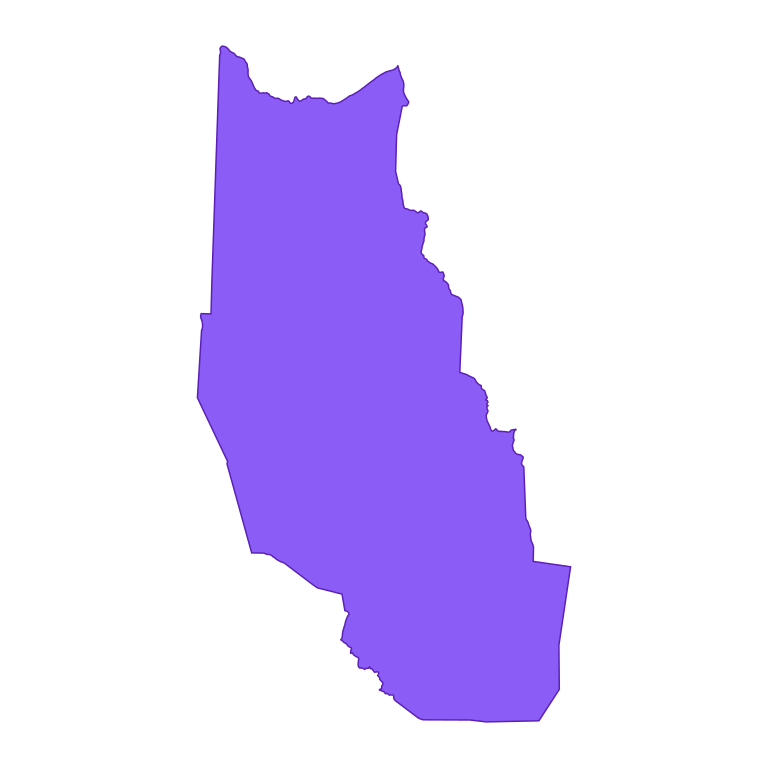 outline of La Union, Olancho, Honduras
{"feature_id": "27666195B95700433875846", "entity_name": "La Union", "entity_type": "district", "adm_level": 2, "iso_a3": "HND", "parent_name": "Honduras", "parent_adm1": "Olancho", "projection": "natural_earth1", "projection_center": [-86.67, 15.11], "detail": "fine", "context": "isolated", "style": "filled", "palette": "violet", "viewbox_px": 768, "rotation_deg": 0, "n_neighbors": 0, "source": "geoboundaries", "source_scale": "gbopen_adm2", "svg_char_len": 5996}
<svg xmlns="http://www.w3.org/2000/svg" viewBox="0 0 768 768"><path d="M423.5,719.8L470.0,720.0L486.3,721.9L538.9,720.8L559.3,689.4L558.9,645.2L570.6,566.8L533.2,561.4L533.5,547.2L532.8,544.5L531.1,540.6L530.3,534.9L530.4,533.4L530.7,532.0L530.7,529.8L530.4,529.0L529.0,525.6L527.9,522.1L527.2,520.8L526.3,519.7L525.8,518.2L523.8,466.9L521.8,464.7L521.5,463.9L521.9,461.2L523.0,458.5L523.2,457.2L522.9,456.8L520.9,455.0L517.2,454.2L516.3,453.8L515.7,453.3L515.1,452.5L514.4,451.4L513.6,450.8L513.4,450.5L513.1,449.3L512.9,447.5L512.4,446.3L512.4,445.5L512.8,444.2L513.0,442.9L513.9,440.7L514.1,440.1L513.9,439.2L513.5,438.5L513.4,438.1L513.6,434.6L513.9,432.6L514.6,430.6L515.1,430.2L515.8,430.0L515.9,429.5L515.7,429.3L511.6,430.0L510.6,430.6L509.8,431.7L508.7,432.1L507.8,432.1L505.6,431.7L498.3,431.2L497.5,430.7L496.7,429.5L496.1,429.0L495.7,428.8L495.4,429.0L494.7,429.8L493.0,431.0L492.2,431.2L491.5,430.8L490.8,429.5L490.0,426.9L487.0,420.6L486.1,416.2L486.2,415.1L487.7,412.0L488.0,410.9L487.9,410.3L487.4,409.9L487.1,409.3L487.0,406.8L487.1,406.3L487.7,406.0L488.0,405.5L486.9,405.0L486.8,404.8L487.0,403.9L487.8,402.4L487.9,401.9L487.7,401.3L487.4,400.7L486.9,400.4L486.1,400.2L485.7,399.8L485.9,399.4L487.0,398.2L487.2,397.9L487.2,397.6L487.0,396.9L486.3,395.8L484.8,391.1L484.3,390.5L482.8,389.6L481.7,388.7L481.3,387.9L481.3,386.0L481.2,385.7L480.7,385.3L478.9,384.5L476.4,382.0L475.2,379.7L474.6,378.8L473.8,378.1L468.4,375.6L466.8,374.6L459.8,372.4L462.2,316.6L462.5,315.8L462.9,314.6L463.1,312.7L463.0,309.8L462.7,307.0L462.3,305.0L461.0,299.7L460.3,298.9L458.4,297.2L452.4,294.8L451.2,294.1L450.2,290.5L449.9,290.0L449.3,289.3L448.8,288.4L448.4,285.0L448.1,284.3L446.5,282.4L445.7,281.7L444.8,281.1L443.7,280.8L443.3,278.8L444.1,276.2L444.2,275.6L443.4,273.2L442.8,272.0L442.5,272.0L439.8,272.4L439.2,272.2L438.9,271.8L438.4,270.6L437.6,269.1L436.3,267.4L433.2,264.3L432.0,263.6L430.7,263.2L428.1,261.4L427.3,260.6L426.9,259.8L426.6,259.4L425.8,258.9L424.7,258.5L424.1,258.1L423.9,257.7L423.9,256.4L423.6,255.4L422.6,254.8L421.7,253.9L421.2,252.5L421.2,251.0L421.7,249.5L422.0,247.4L422.9,243.9L423.9,241.2L424.1,237.6L425.0,234.6L425.0,233.7L424.5,230.3L424.6,228.9L425.0,228.0L425.8,227.6L426.7,227.3L427.1,226.7L426.8,225.6L425.7,224.0L425.5,223.3L425.5,222.7L425.7,222.1L426.2,221.3L427.9,220.1L428.1,219.9L428.3,219.1L428.3,218.3L428.0,216.6L427.2,214.6L426.6,213.8L425.1,213.0L424.0,212.9L423.5,212.8L422.5,212.1L421.8,211.3L421.4,211.1L421.0,211.0L420.6,211.1L418.2,212.7L417.6,212.8L417.2,212.6L414.6,210.7L413.9,210.3L413.0,210.2L411.7,210.4L410.3,210.4L407.7,209.1L405.0,208.5L404.6,208.2L404.0,207.2L403.5,205.5L403.1,203.5L402.8,200.3L402.1,198.2L401.7,193.1L401.3,191.1L401.2,189.3L400.5,186.1L399.9,185.2L398.5,183.8L395.6,171.3L396.6,134.7L402.2,106.6L403.0,105.8L403.8,105.7L406.0,105.9L406.7,105.7L407.3,105.1L408.6,102.8L408.5,101.4L407.3,99.8L405.3,96.3L403.8,93.1L403.5,91.9L403.5,88.4L403.8,87.1L403.8,85.7L403.8,84.5L403.6,83.0L403.1,81.0L401.5,77.6L400.7,75.7L400.1,72.6L399.5,71.3L398.9,69.7L398.2,66.7L397.6,65.3L397.6,66.4L397.2,67.0L395.6,68.5L393.4,69.8L385.9,72.0L381.1,74.6L376.5,77.6L374.2,79.6L371.3,81.6L365.6,86.0L364.7,86.9L362.5,88.3L361.1,89.5L358.1,91.6L352.2,95.0L349.2,96.1L346.9,97.9L342.3,100.9L339.1,102.6L336.0,103.4L333.9,103.7L332.8,103.6L330.3,103.0L328.4,103.1L327.9,102.8L327.0,101.6L323.2,98.5L319.7,98.1L317.3,98.3L315.1,98.3L314.2,98.1L312.1,98.3L311.2,98.1L309.6,96.4L308.7,96.1L308.0,96.3L307.4,96.6L306.6,97.8L306.0,98.5L304.5,99.0L303.3,99.2L301.3,100.7L300.4,101.1L299.4,101.0L298.7,100.6L297.0,98.5L296.4,97.1L295.9,96.9L295.4,97.0L295.0,97.3L294.7,98.2L294.1,100.5L293.4,102.1L292.3,103.1L291.8,103.3L291.2,103.4L290.4,103.1L288.9,101.3L288.5,100.9L287.6,100.9L286.3,101.3L285.1,101.4L281.3,100.1L278.3,98.3L275.3,98.3L274.5,98.2L273.0,97.0L270.4,96.1L269.9,95.7L269.1,94.3L268.5,93.7L266.7,92.8L265.0,93.0L264.4,93.2L264.0,93.1L263.5,92.8L261.6,93.2L260.1,93.1L259.4,92.9L258.9,92.5L258.5,91.5L258.0,91.0L257.0,90.8L256.2,90.4L254.4,87.8L251.2,80.6L249.1,77.8L248.6,76.8L248.2,75.4L248.0,73.5L248.1,69.9L247.8,68.3L247.3,66.4L247.3,65.2L247.2,64.4L246.7,63.2L245.5,61.8L244.1,59.1L240.5,57.5L239.1,57.0L237.8,56.8L236.8,56.4L236.2,55.9L234.2,53.5L231.4,52.1L230.1,51.3L228.8,49.8L227.7,48.4L226.6,47.5L225.6,46.9L224.1,46.4L222.7,46.1L221.9,46.2L220.7,47.3L220.3,48.0L220.0,48.7L220.5,51.9L220.5,53.1L220.3,54.1L219.7,55.0L211.9,280.8L211.0,313.9L201.2,313.6L200.8,315.1L200.6,317.0L202.3,322.3L202.5,324.0L202.6,326.1L202.2,329.4L201.6,330.0L197.4,397.7L227.6,461.4L227.0,463.9L251.7,552.9L263.9,553.1L266.7,554.3L269.8,554.6L270.5,554.8L271.7,555.5L273.0,556.8L274.2,557.4L276.2,559.1L277.3,559.9L280.8,561.7L282.9,562.5L284.0,562.8L313.5,585.2L317.5,587.9L342.0,594.1L344.9,610.7L347.1,611.3L348.1,612.0L348.5,612.6L349.1,614.2L348.7,614.8L348.1,615.4L347.1,617.3L345.6,621.3L344.8,625.1L344.6,626.0L344.0,627.0L343.8,628.3L342.7,631.8L342.2,637.3L341.6,638.8L340.8,639.8L342.1,640.5L344.1,642.6L346.3,643.7L347.6,645.5L348.6,646.5L350.9,647.6L351.3,647.9L351.4,648.3L351.3,649.2L350.7,651.0L350.6,652.8L350.7,653.3L351.1,653.3L352.0,652.8L352.4,652.8L352.7,653.1L352.9,653.8L353.2,654.3L354.4,655.5L356.5,656.8L358.0,657.4L358.5,657.8L358.7,658.6L358.1,663.7L358.1,664.9L358.4,666.4L359.0,667.4L359.5,667.8L360.0,668.1L361.8,668.0L363.0,668.3L363.7,668.8L364.2,669.0L364.6,669.4L364.9,669.3L365.3,668.8L366.0,668.3L367.3,668.4L368.4,668.2L369.5,666.9L370.0,667.3L370.0,668.1L370.2,668.5L370.8,668.8L371.5,668.6L372.0,668.7L373.0,670.3L374.5,672.2L377.2,671.9L377.9,672.0L378.4,672.2L378.7,672.7L378.7,673.5L377.6,675.6L379.5,677.4L379.8,679.5L381.1,680.8L382.2,682.1L382.8,683.0L383.0,683.7L382.8,684.4L381.7,686.0L381.6,688.6L379.6,689.5L379.5,690.0L380.5,690.5L383.9,691.7L385.5,693.8L386.7,693.5L387.4,693.5L389.3,695.1L392.0,694.9L392.8,695.0L393.2,695.2L393.6,695.7L393.7,697.8L393.9,698.7L394.2,699.3L395.5,700.8L418.1,717.9L421.5,719.4L423.5,719.8Z" fill="#8b5cf6" stroke="#5b21b6" stroke-width="1.5"/></svg>